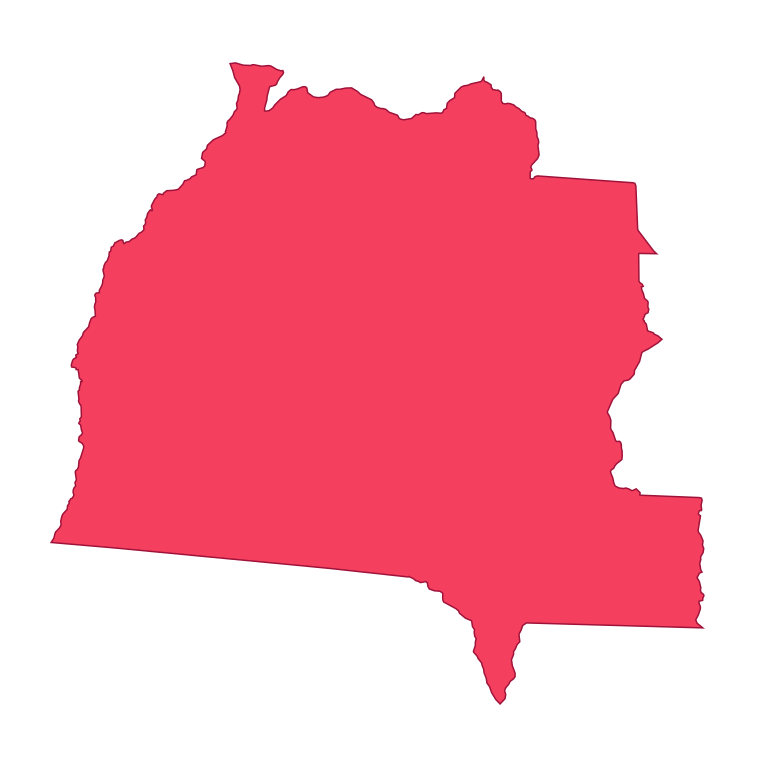 Mato Grosso, Mercator projection, rotated 182°
{"feature_id": "BRA-602", "entity_name": "Mato Grosso", "entity_type": "State", "adm_level": 1, "iso_a3": "BRA", "parent_name": "Brazil", "parent_adm1": "", "projection": "mercator", "projection_center": [-55.436, -12.685], "detail": "fine", "context": "isolated", "style": "filled", "palette": "rose", "viewbox_px": 768, "rotation_deg": 182, "n_neighbors": 0, "source": "natural_earth", "source_scale": "10m", "svg_char_len": 6113}
<svg xmlns="http://www.w3.org/2000/svg" viewBox="0 0 768 768"><g transform="rotate(182 384 384)"><path d="M237.9,597.3L142.1,593.8L140.3,593.3L139.2,590.8L135.9,547.7L135.4,546.3L119.1,526.3L116.1,523.7L133.7,523.4L134.0,522.7L132.8,495.8L132.1,494.5L129.3,492.5L128.3,490.6L130.1,490.0L129.8,487.5L127.9,483.3L126.6,478.6L123.4,476.0L122.9,474.9L123.0,470.1L122.0,468.0L122.6,464.5L125.4,462.9L127.3,457.4L125.9,456.0L126.1,455.1L124.3,453.5L123.8,452.3L122.4,446.4L116.5,444.5L115.7,443.2L112.0,441.7L107.8,438.4L111.6,434.8L121.6,427.9L126.2,425.5L127.5,424.1L129.4,415.3L134.1,406.3L134.3,402.6L138.3,397.6L140.2,396.4L144.2,395.5L147.1,391.9L149.7,382.6L154.8,376.7L159.7,364.4L159.7,363.1L157.5,359.6L156.0,355.6L156.0,348.0L155.5,346.3L153.5,343.5L150.5,335.4L149.1,334.6L146.8,335.0L145.6,334.1L144.7,331.8L144.5,328.2L143.7,325.3L143.4,320.2L143.7,316.8L148.8,312.4L150.4,310.3L151.5,307.8L153.8,306.1L154.7,304.2L152.0,297.8L150.9,293.3L149.5,290.1L145.5,288.3L141.2,287.9L138.6,288.5L135.5,287.6L132.9,286.2L131.8,286.2L128.3,288.0L124.7,284.8L124.2,284.0L124.6,282.1L124.2,281.8L65.0,281.5L62.7,281.0L62.0,278.9L62.9,273.7L62.1,269.4L62.8,268.4L64.0,268.7L64.5,268.3L65.3,265.2L65.0,264.6L63.1,263.3L65.0,248.6L64.5,246.9L62.2,243.9L59.7,238.4L60.1,234.0L58.7,230.8L59.2,226.7L61.5,222.4L61.3,219.5L62.2,215.8L60.9,209.0L59.6,207.2L62.1,206.0L64.4,201.4L62.0,197.7L60.3,191.7L60.5,188.6L60.1,187.4L59.7,186.7L57.3,184.9L56.9,183.5L57.9,181.1L58.0,178.9L61.5,177.9L61.6,176.3L60.0,172.4L60.0,170.5L61.6,164.7L64.2,159.2L62.8,155.9L56.9,151.4L233.2,150.2L236.9,147.6L238.4,142.8L240.4,138.7L239.3,131.2L241.8,128.4L243.5,123.9L245.2,121.0L245.0,118.6L247.0,112.8L245.9,106.9L242.9,99.6L242.8,96.1L244.2,93.9L247.5,91.2L249.0,88.1L251.7,84.7L252.8,81.8L251.5,77.9L252.1,73.7L256.8,68.3L261.2,72.5L265.7,79.4L268.0,85.3L270.7,88.8L271.5,93.3L273.9,98.9L274.5,102.7L276.0,105.8L276.8,108.8L280.3,112.8L281.3,115.1L285.1,119.2L285.3,120.0L283.6,125.8L283.7,129.5L283.0,132.6L284.6,135.3L285.2,139.2L285.0,141.7L287.1,144.6L288.1,150.0L288.8,150.7L294.4,152.8L300.5,157.5L301.5,159.8L304.3,162.0L316.7,168.2L317.4,169.4L317.9,172.0L317.9,176.4L318.7,177.6L321.2,178.9L326.4,179.1L331.5,180.7L333.0,183.1L333.7,186.7L335.3,188.0L340.6,186.8L342.6,187.9L345.4,188.6L348.0,190.6L352.7,192.5L353.1,192.0L431.8,197.8L650.0,210.9L711.1,214.0L708.6,218.4L707.2,224.4L703.4,228.7L702.1,231.1L701.8,232.1L702.3,235.7L701.3,240.6L700.2,243.1L696.3,247.6L696.0,251.3L694.5,253.7L694.8,255.8L694.0,256.4L693.1,258.4L691.7,258.9L690.2,261.5L690.2,262.7L690.9,264.8L690.9,267.2L690.1,269.5L688.6,271.2L689.4,274.8L688.1,277.4L689.5,285.2L689.1,286.6L687.8,287.6L686.5,290.0L686.1,296.8L684.7,299.6L682.0,309.3L681.9,311.1L682.6,312.8L683.9,314.4L686.8,316.0L687.3,317.3L686.8,320.6L684.0,323.4L683.7,325.0L684.8,327.5L685.7,332.3L687.6,333.9L687.4,335.0L686.4,336.1L686.8,338.7L685.4,340.3L685.4,342.8L686.0,351.6L687.9,354.2L688.7,356.4L688.4,358.5L689.5,365.7L689.2,366.6L688.2,367.2L688.3,369.7L687.2,373.4L687.3,375.6L687.1,376.0L686.2,375.7L685.8,376.5L686.4,377.5L688.6,379.1L690.2,387.7L692.2,387.7L692.1,388.9L693.5,389.7L696.8,390.1L697.2,392.1L696.0,396.8L695.1,398.1L692.5,399.8L692.2,400.4L693.0,401.3L693.0,402.2L690.9,403.6L691.6,406.5L691.3,410.7L691.9,412.7L690.2,417.1L687.0,421.7L686.2,425.1L681.2,430.8L680.4,434.9L678.9,439.2L677.1,440.7L674.8,441.6L675.4,447.9L676.1,450.6L675.7,453.7L674.9,456.2L675.3,460.8L676.0,462.1L676.0,463.4L674.7,464.9L671.6,465.3L671.8,467.6L669.5,472.4L668.7,475.4L668.7,477.6L667.3,482.1L668.9,488.2L667.9,491.3L668.1,492.0L666.6,495.7L664.9,497.5L663.3,502.5L663.2,506.2L661.8,507.2L661.4,511.1L659.2,512.5L658.0,515.6L653.4,518.3L651.3,518.9L650.0,518.4L649.5,516.1L648.7,515.2L647.0,516.7L643.5,517.5L641.1,519.9L637.6,521.5L634.0,526.1L632.2,526.9L629.8,529.1L629.3,530.3L629.8,533.5L628.3,535.0L627.9,537.0L628.3,539.7L627.0,542.1L626.2,546.1L624.1,549.4L623.3,549.9L622.0,549.1L621.5,549.9L622.6,552.7L622.6,554.2L619.6,560.6L617.5,563.1L617.0,565.1L615.5,566.2L611.6,565.5L611.1,566.9L607.9,569.6L600.5,570.3L596.4,571.4L592.0,576.6L590.4,580.2L588.8,580.5L584.9,582.4L583.8,584.1L579.0,586.6L578.6,591.4L577.6,592.2L572.6,593.9L570.8,595.5L570.4,599.1L570.7,600.4L574.2,603.0L573.3,609.2L569.6,612.7L568.7,616.5L563.1,622.1L554.2,626.6L551.0,629.5L551.3,630.5L549.8,636.3L550.0,639.7L548.8,641.9L547.6,642.8L544.3,647.3L543.0,651.0L541.1,652.9L540.4,654.4L541.2,659.3L540.0,662.1L539.4,667.6L538.8,668.4L538.1,673.1L538.8,676.7L543.9,684.9L545.9,691.5L549.0,698.8L543.7,699.7L535.6,697.7L527.9,697.7L527.2,698.3L525.5,698.6L517.4,697.3L510.3,698.2L508.0,697.8L502.2,694.6L498.0,693.4L496.0,693.7L495.3,691.8L495.9,690.1L498.9,686.3L501.1,682.4L501.8,679.9L503.3,678.7L507.9,677.4L508.8,676.7L510.8,667.6L511.0,663.6L512.9,656.0L512.9,652.9L512.5,652.5L508.5,653.1L504.9,655.9L502.7,659.3L497.4,665.0L491.8,668.8L489.8,672.8L487.2,675.0L483.7,675.1L481.1,675.8L475.3,678.3L472.6,678.2L471.4,677.0L470.4,672.4L464.4,668.4L459.7,667.9L454.5,668.6L451.4,669.8L449.8,670.9L448.0,673.7L442.0,676.9L438.5,677.0L432.7,678.4L426.7,678.8L420.5,675.3L417.6,672.7L406.3,667.6L404.0,664.7L402.9,662.0L400.8,660.4L396.5,659.1L395.1,659.3L391.8,658.6L388.4,655.8L379.9,653.1L378.2,650.2L377.1,649.4L373.7,648.7L365.8,650.3L361.5,654.4L358.8,654.4L355.6,656.5L353.7,656.5L351.0,655.7L341.2,656.8L336.1,656.6L334.6,657.9L333.8,660.1L331.2,661.6L330.6,666.7L328.1,669.6L323.5,672.6L323.3,677.0L317.3,683.4L314.5,684.8L310.5,685.5L307.5,687.0L298.0,689.5L296.9,690.4L294.9,694.6L294.8,691.2L293.6,689.7L291.8,689.3L287.5,686.8L287.1,684.3L285.6,682.1L281.0,681.4L280.4,681.8L277.9,680.1L276.9,678.3L276.6,670.9L275.3,668.7L273.0,668.1L270.0,668.8L267.8,668.6L264.0,667.4L261.5,665.3L258.8,664.0L255.8,661.3L252.8,660.2L251.3,657.3L249.4,656.7L247.2,655.1L244.8,654.7L242.7,653.5L241.6,651.7L241.2,644.1L240.0,640.8L239.7,636.6L238.3,633.7L237.8,630.7L238.5,627.9L237.0,618.4L238.4,614.6L244.1,608.0L244.9,605.8L243.7,603.6L243.7,602.6L245.1,601.4L245.3,600.6L245.1,594.8L244.5,594.3L242.0,594.2L240.3,596.5L237.9,597.3Z" fill="#f43f5e" stroke="#9f1239" stroke-width="1.5"/></g></svg>